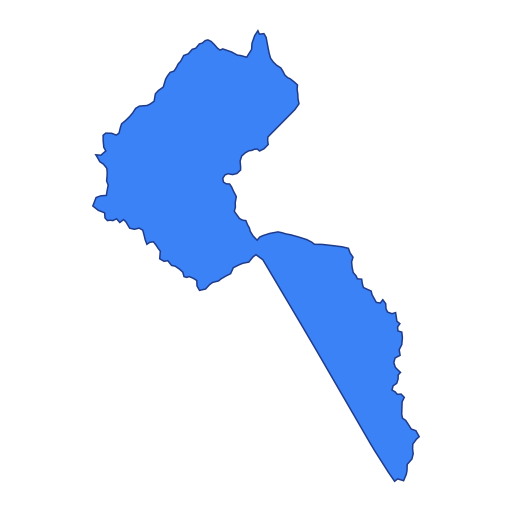 Mairipotaba, Goiás, Brazil (Equal Earth projection)
{"feature_id": "56859067B33960299529062", "entity_name": "Mairipotaba", "entity_type": "district", "adm_level": 2, "iso_a3": "BRA", "parent_name": "Brazil", "parent_adm1": "Goiás", "projection": "equal_earth", "projection_center": [-49.457, -17.326], "detail": "fine", "context": "isolated", "style": "filled", "palette": "blue", "viewbox_px": 512, "rotation_deg": 0, "n_neighbors": 0, "source": "geoboundaries", "source_scale": "gbopen_adm2", "svg_char_len": 3195}
<svg xmlns="http://www.w3.org/2000/svg" viewBox="0 0 512 512"><path d="M105.0,217.9L107.4,220.6L110.1,220.2L112.9,220.6L116.6,218.8L119.8,222.5L123.6,219.6L126.0,222.0L129.7,228.2L134.4,229.3L139.1,228.1L142.7,230.1L143.9,234.4L145.2,239.8L146.9,244.3L149.8,242.3L153.4,241.8L155.9,244.9L158.4,248.7L160.3,251.2L159.7,258.8L164.0,261.3L167.8,260.7L171.5,265.4L175.2,266.2L179.7,269.3L182.8,272.2L184.0,276.6L186.6,277.4L189.2,276.6L193.1,278.2L196.8,280.5L197.0,285.9L199.5,290.4L205.6,289.0L209.6,284.6L212.7,282.4L218.6,280.9L221.0,278.9L226.1,275.9L230.6,273.7L233.3,267.7L239.5,264.6L243.1,263.2L248.8,262.1L253.0,256.9L256.0,254.7L262.9,259.8L300.4,323.1L315.9,349.5L370.8,444.3L372.7,447.4L374.3,450.1L388.2,472.0L394.6,481.3L397.6,478.9L403.6,480.7L406.3,474.3L407.0,470.6L407.2,464.4L411.9,459.0L413.2,453.8L412.6,449.1L412.8,444.1L416.5,439.1L419.2,436.7L415.9,430.7L411.2,429.0L408.2,424.2L405.7,420.4L402.5,418.2L401.7,414.3L402.1,401.8L404.3,397.4L401.1,394.1L397.3,394.3L395.2,391.9L392.0,390.0L393.1,385.8L396.7,383.3L398.1,379.0L398.2,374.9L400.5,372.4L397.4,369.5L395.3,367.3L393.8,362.5L395.1,358.0L400.1,355.3L399.2,349.7L401.8,344.5L402.4,337.7L401.8,332.1L397.9,330.9L397.6,326.8L399.9,323.7L396.9,321.2L395.6,312.6L392.0,313.7L387.6,312.1L386.0,308.8L385.7,303.7L382.8,299.7L380.3,303.0L376.3,302.4L372.1,294.8L371.1,291.0L367.9,289.6L363.4,287.5L362.3,283.6L361.7,279.2L357.4,278.8L356.1,275.9L353.2,272.5L352.1,267.2L351.6,261.9L353.0,257.2L350.1,253.0L348.4,248.3L342.1,246.8L334.4,245.8L322.1,244.4L314.4,244.3L311.8,242.2L306.8,239.6L298.6,237.0L290.8,234.8L286.3,234.0L281.5,232.6L277.9,231.9L269.8,233.4L263.2,235.5L259.8,237.0L257.1,240.2L252.9,235.7L250.3,231.4L249.4,228.1L247.5,224.7L245.9,220.6L242.6,220.2L239.5,218.5L236.5,214.4L234.3,211.3L235.4,207.2L235.2,202.9L236.3,196.6L233.2,190.6L231.6,186.9L229.6,184.0L226.1,183.8L223.4,182.0L222.8,178.3L224.9,175.0L228.1,173.7L232.5,174.6L236.9,173.5L240.6,170.0L240.6,166.5L240.1,161.1L241.7,156.0L245.3,152.8L248.8,150.8L251.8,150.4L254.6,149.2L257.3,149.1L259.6,151.0L264.1,148.7L268.2,144.5L267.7,140.7L267.8,137.1L270.3,134.5L294.9,109.6L299.0,103.8L298.0,98.8L297.8,94.1L297.1,89.3L297.5,85.0L294.6,82.3L290.2,78.8L287.7,77.7L284.7,74.9L282.9,71.2L280.9,68.0L276.3,65.0L273.2,61.9L270.6,58.3L269.3,53.8L268.3,49.0L266.1,37.3L263.9,33.6L259.4,34.2L257.9,30.7L254.7,35.6L253.3,39.5L252.0,43.2L251.6,49.4L246.7,57.2L240.5,55.5L237.3,55.1L231.7,52.0L226.3,50.1L222.7,48.9L220.0,50.1L217.3,48.0L214.3,44.5L211.1,41.4L207.9,39.9L205.2,40.6L202.3,43.1L199.4,43.9L195.7,48.3L192.2,49.3L188.3,53.8L183.7,55.5L180.7,61.2L178.2,63.9L176.3,67.6L174.0,71.1L170.1,72.4L167.5,75.9L165.6,79.2L163.3,87.0L158.4,90.5L155.4,93.8L154.1,101.2L150.4,103.9L147.1,105.5L139.4,106.1L135.7,108.3L132.7,112.9L129.7,116.5L125.5,120.6L121.6,123.8L120.4,127.5L119.0,133.1L116.3,135.1L111.7,133.3L105.8,133.1L103.1,135.3L103.2,141.1L103.8,147.3L105.8,151.0L103.5,152.9L100.9,155.2L95.8,154.8L97.8,158.1L99.8,161.7L103.5,164.2L106.8,168.3L107.2,172.7L107.0,177.0L106.6,180.9L108.2,185.1L107.1,190.7L106.4,195.4L100.9,195.8L96.1,197.5L92.8,206.0L98.4,210.4L104.6,212.8L105.0,217.9Z" fill="#3b82f6" stroke="#1e3a8a" stroke-width="1.5"/></svg>